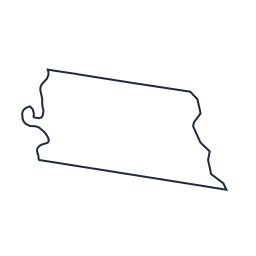 Douglas, Nebraska, United States of America, rotated 189°
{"feature_id": "52423323B70861004931924", "entity_name": "Douglas", "entity_type": "district", "adm_level": 2, "iso_a3": "USA", "parent_name": "United States of America", "parent_adm1": "Nebraska", "projection": "natural_earth1", "projection_center": [-96.018, 41.292], "detail": "fine", "context": "isolated", "style": "outline", "palette": "slate", "viewbox_px": 256, "rotation_deg": 189, "n_neighbors": 0, "source": "geoboundaries", "source_scale": "gbopen_adm2", "svg_char_len": 1050}
<svg xmlns="http://www.w3.org/2000/svg" viewBox="0 0 256 256"><g transform="rotate(189 128 128)"><path d="M21.2,82.4L25.2,88.3L38.7,95.5L43.9,108.9L43.6,117.7L54.2,125.0L63.9,139.8L63.8,143.9L58.6,153.8L63.9,167.2L72.2,173.6L118.8,173.3L132.5,173.2L159.9,173.2L180.5,173.2L185.7,173.2L186.9,173.3L207.6,173.1L210.6,173.1L216.4,173.1L215.4,171.0L214.9,168.1L215.8,164.0L219.3,158.8L220.2,157.0L220.8,154.8L220.8,153.8L220.6,152.0L218.6,146.7L217.1,142.8L216.9,140.1L215.9,136.4L215.8,135.6L214.4,132.6L214.1,130.9L214.1,128.5L214.1,127.7L214.9,125.0L217.4,123.7L222.6,123.8L223.1,124.4L223.1,127.2L225.0,131.5L228.2,134.0L230.9,132.6L232.9,130.9L234.3,128.9L234.4,128.7L234.8,126.1L233.7,121.1L232.4,118.6L230.7,116.8L228.7,115.7L224.9,114.7L219.7,115.2L216.8,114.8L215.5,114.3L210.6,111.3L207.9,109.0L205.7,106.4L204.4,103.8L204.4,102.2L205.1,101.0L206.0,100.3L210.0,98.5L212.0,97.1L213.6,95.2L214.4,92.8L214.2,90.7L212.1,86.4L211.5,83.5L210.6,82.5L166.8,82.5L106.0,82.5L71.7,82.5L21.2,82.4Z" fill="none" stroke="#1e293b" stroke-width="2"/></g></svg>